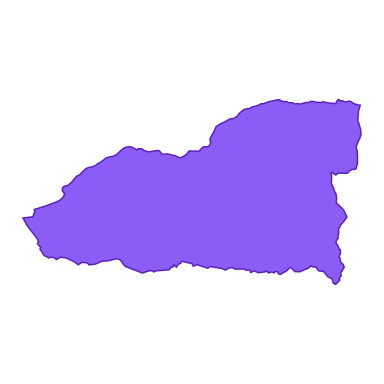 outline of Santo Domingo Xagacía, Oaxaca, Mexico
{"feature_id": "50627088B84578791163006", "entity_name": "Santo Domingo Xagacía", "entity_type": "district", "adm_level": 2, "iso_a3": "MEX", "parent_name": "Mexico", "parent_adm1": "Oaxaca", "projection": "orthographic", "projection_center": [-96.28, 17.127], "detail": "fine", "context": "isolated", "style": "filled", "palette": "violet", "viewbox_px": 384, "rotation_deg": 0, "n_neighbors": 0, "source": "geoboundaries", "source_scale": "gbopen_adm2", "svg_char_len": 4086}
<svg xmlns="http://www.w3.org/2000/svg" viewBox="0 0 384 384"><path d="M334.2,103.3L332.9,103.4L330.5,103.1L329.0,103.2L327.5,102.5L326.1,102.8L324.6,102.1L323.5,101.8L322.6,102.0L320.8,102.5L315.8,102.3L314.4,101.6L312.5,101.4L310.7,101.4L309.5,102.1L308.4,102.6L306.5,102.4L304.4,103.0L302.3,103.4L300.7,104.1L299.3,104.0L297.2,103.4L296.0,104.0L294.1,103.6L291.9,102.5L290.0,102.9L288.3,102.4L287.0,101.8L285.8,101.4L284.7,101.7L283.5,101.5L282.4,101.4L279.5,99.9L277.7,99.7L275.1,100.4L272.5,100.9L270.2,101.4L268.7,101.7L265.9,102.8L263.7,103.6L261.0,103.8L258.0,105.4L255.1,106.3L252.1,106.9L249.7,108.4L247.1,108.8L244.6,109.3L242.7,110.5L239.2,113.4L237.6,115.9L233.8,118.5L230.5,118.7L225.3,121.5L219.9,124.2L216.2,126.5L214.8,129.6L213.5,132.5L211.4,135.9L210.0,139.3L210.5,142.4L209.9,144.7L208.7,146.3L206.4,146.7L203.4,146.9L201.9,148.0L200.0,150.2L198.2,151.4L196.2,151.0L193.1,151.2L189.7,150.9L188.4,151.7L187.0,153.8L185.2,155.4L182.5,156.9L180.2,157.9L174.9,155.6L172.6,155.2L167.4,153.8L163.8,154.3L162.4,154.3L159.6,151.2L158.6,150.4L155.2,150.8L148.7,151.9L144.6,150.7L141.6,148.7L138.1,148.8L137.1,150.0L133.3,147.9L130.4,146.6L128.0,146.9L125.7,147.3L123.3,148.6L120.3,151.0L117.0,154.2L114.1,156.0L109.6,156.9L105.9,158.0L103.0,160.4L100.3,162.4L98.0,163.5L97.5,163.9L96.7,164.5L94.8,165.9L91.5,167.0L88.4,167.5L85.6,168.9L82.0,172.3L79.7,174.7L76.6,176.3L74.7,178.3L71.9,182.0L70.1,183.4L67.8,185.6L65.4,185.9L62.6,187.4L62.3,190.8L64.4,193.5L63.9,196.3L61.5,198.8L59.7,200.3L57.0,201.7L45.3,206.1L34.2,209.5L34.9,211.1L32.8,216.8L23.0,218.0L27.1,225.5L37.6,239.3L38.3,241.2L37.8,243.0L37.5,243.6L38.9,245.5L40.6,247.3L40.0,249.3L41.9,251.9L44.0,255.4L48.9,257.9L51.2,257.2L55.2,258.0L56.2,259.6L60.6,257.2L65.8,257.9L74.8,262.0L78.1,264.8L82.1,262.3L87.2,262.9L89.1,264.9L95.5,264.1L101.9,261.2L108.0,260.9L116.1,258.8L119.1,259.1L122.2,262.1L122.7,263.5L125.4,266.5L142.3,273.0L149.6,270.7L152.7,270.8L153.6,271.9L156.8,270.7L159.6,270.6L169.6,269.7L170.6,267.2L172.9,267.1L173.7,264.8L176.4,267.1L178.6,263.9L180.4,263.6L181.7,261.2L192.4,263.8L193.2,266.2L197.0,264.7L207.8,268.2L210.2,266.5L222.3,268.6L225.3,270.1L228.6,268.2L232.1,267.5L235.1,269.1L243.8,269.0L246.1,270.3L249.4,269.8L250.9,272.5L254.2,270.8L258.4,272.8L265.3,271.8L266.6,270.7L268.4,273.0L271.5,272.0L274.2,272.8L275.3,271.4L278.0,271.9L278.4,273.8L280.4,274.4L287.4,270.3L289.3,268.0L291.2,267.8L295.0,271.6L299.7,271.8L308.9,267.9L310.7,265.9L312.7,266.9L316.4,267.2L317.2,269.1L319.1,271.0L323.6,271.4L327.6,276.5L332.3,279.1L333.3,283.1L335.7,284.4L339.9,280.0L339.0,279.3L339.6,277.6L340.8,276.6L341.2,274.9L340.4,272.7L342.2,270.9L342.7,269.6L344.3,267.2L343.3,265.3L343.2,264.4L340.8,262.4L339.9,258.0L339.0,256.8L340.4,253.7L340.4,251.2L340.2,249.5L338.9,248.9L338.6,247.2L337.1,244.4L336.6,244.2L335.8,242.2L337.5,238.7L338.2,238.2L338.0,236.4L338.6,233.5L338.7,230.5L338.5,228.8L340.2,226.3L340.5,225.1L343.1,222.2L346.6,217.7L346.7,216.7L346.8,216.2L345.6,214.2L344.2,211.1L342.4,208.6L340.0,206.5L336.2,202.6L336.6,198.2L336.1,194.8L335.9,193.4L334.3,191.0L333.6,188.0L331.3,183.4L331.7,177.4L331.3,172.7L332.2,172.7L332.8,173.0L335.8,175.0L338.3,173.0L346.2,173.3L347.7,173.0L349.1,171.4L352.1,169.3L353.9,169.5L355.4,169.3L356.2,168.2L356.5,166.3L357.5,163.7L357.4,153.8L357.1,152.4L357.2,150.6L356.0,147.6L356.9,144.7L358.8,140.1L359.8,138.3L360.0,137.2L361.0,134.8L360.9,133.3L360.7,129.6L359.9,127.4L358.9,123.3L358.2,122.0L357.9,121.5L357.9,119.7L358.0,118.0L358.1,115.8L358.5,113.9L358.3,112.5L358.8,110.2L359.1,109.0L360.2,105.2L359.1,105.1L358.3,105.0L357.5,104.5L356.8,104.4L355.6,104.4L355.2,104.6L354.5,103.7L354.0,103.4L353.7,103.3L353.2,103.3L352.7,103.1L352.4,102.7L352.0,102.3L351.2,101.7L350.9,101.6L350.2,101.5L349.7,101.3L349.1,101.1L348.7,101.2L347.1,101.7L346.9,102.0L346.3,102.2L345.7,102.0L344.9,101.6L343.4,101.5L342.9,100.9L342.2,100.7L341.1,100.9L340.9,100.7L339.3,100.4L339.2,99.8L338.9,99.6L338.5,99.6L337.9,100.0L336.9,101.2L336.4,101.9L336.2,102.7L335.7,103.7L334.8,103.5L334.2,103.3Z" fill="#8b5cf6" stroke="#5b21b6" stroke-width="1.5"/></svg>